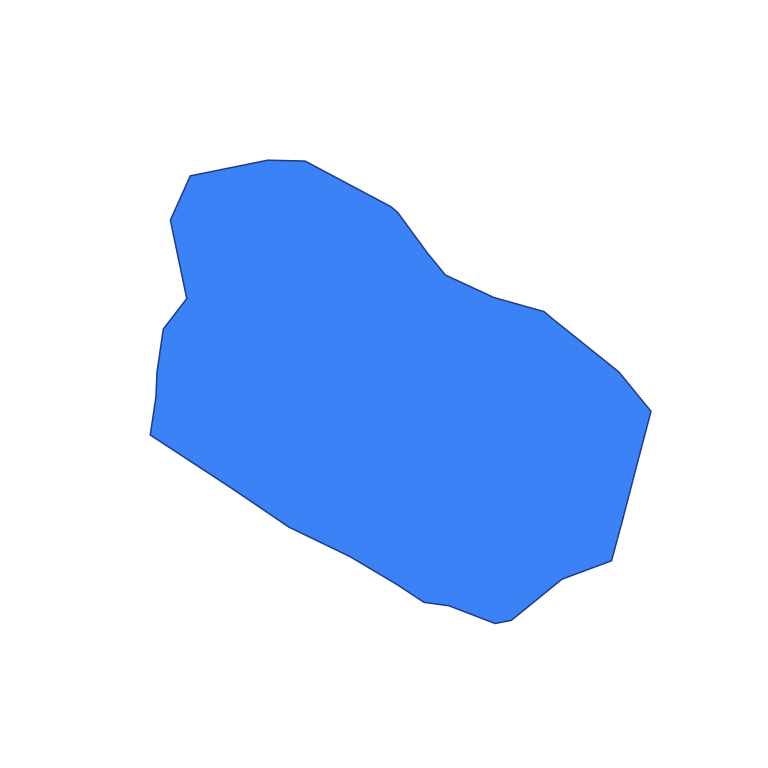 the district of Luus, Dundgovi, Mongolia, rotated 337°
{"feature_id": "93677404B30704814862785", "entity_name": "Luus", "entity_type": "district", "adm_level": 2, "iso_a3": "MNG", "parent_name": "Mongolia", "parent_adm1": "Dundgovi", "projection": "robinson", "projection_center": [105.799, 45.607], "detail": "fine", "context": "isolated", "style": "filled", "palette": "blue", "viewbox_px": 768, "rotation_deg": 337, "n_neighbors": 0, "source": "geoboundaries", "source_scale": "gbopen_adm2", "svg_char_len": 567}
<svg xmlns="http://www.w3.org/2000/svg" viewBox="0 0 768 768"><g transform="rotate(337 384 384)"><path d="M251.4,149.7L235.8,228.3L202.3,247.2L179.5,284.7L169.0,306.8L148.9,339.6L201.5,418.2L240.7,478.8L285.4,529.8L317.2,573.1L335.5,600.6L357.1,613.5L392.7,647.9L408.9,651.3L447.7,640.1L471.5,633.2L500.6,634.5L524.4,635.6L548.5,604.9L586.4,555.7L619.1,513.5L604.9,464.7L564.9,390.4L559.7,380.0L518.9,347.3L483.1,307.7L475.1,280.4L463.7,231.7L459.8,223.7L398.4,147.9L364.3,132.5L287.0,116.7L251.4,149.7Z" fill="#3b82f6" stroke="#1e3a8a" stroke-width="1.5"/></g></svg>